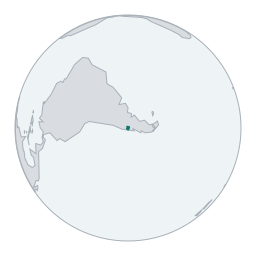 globe centered on Los Ríos, rotated 273°
{"feature_id": "CHL-2701", "entity_name": "Los Ríos", "entity_type": "Region", "adm_level": 1, "iso_a3": "CHL", "parent_name": "Chile", "parent_adm1": "", "projection": "orthographic", "projection_center": [-72.592, -40.02], "detail": "fine", "context": "on_globe", "style": "filled", "palette": "teal", "viewbox_px": 256, "rotation_deg": 273, "n_neighbors": 0, "source": "natural_earth", "source_scale": "10m", "svg_char_len": 3707}
<svg xmlns="http://www.w3.org/2000/svg" viewBox="0 0 256 256"><g transform="rotate(273 128 128)"><circle cx="128" cy="128" r="113" fill="#eef3f6" stroke="#a8b0b8"/><path d="M135.1,15.6L130.0,15.5L137.6,15.8L139.0,16.1L140.9,16.3L143.1,16.6L144.1,16.6L145.3,16.9L138.3,16.5L137.0,16.2L139.3,16.3L135.6,16.0L130.8,16.2L131.9,16.6L123.5,17.3L124.2,17.7L122.8,18.2L122.3,17.5L123.0,19.0L113.4,21.9L114.2,26.3L109.2,23.4L104.8,23.7L99.5,24.8L99.5,25.4L92.5,26.6L86.1,29.9L83.5,34.5L85.8,37.2L93.6,35.2L96.1,32.7L101.8,31.1L97.5,37.5L107.6,36.6L106.5,41.7L109.4,44.0L114.5,42.7L119.8,43.6L123.5,40.4L129.6,38.7L129.7,42.9L133.1,39.1L136.5,41.2L148.6,42.0L147.7,42.9L157.8,49.6L168.8,54.4L171.3,58.6L170.0,60.5L173.8,62.2L173.8,63.7L188.6,71.4L196.0,78.9L195.7,84.7L189.2,88.9L182.8,103.0L171.1,104.7L167.7,111.2L157.9,120.1L150.9,117.8L152.5,124.1L148.3,127.0L143.6,126.6L142.5,130.8L139.0,130.5L141.2,133.7L135.3,139.1L136.6,144.2L132.3,149.0L133.3,152.2L131.8,152.0L130.1,153.1L129.8,154.9L125.2,151.9L124.1,145.0L125.9,141.6L123.9,141.1L127.8,132.6L125.5,134.3L126.4,122.4L129.9,113.1L132.5,89.0L130.1,84.6L121.5,79.9L111.1,66.0L113.9,60.2L111.7,57.9L119.1,50.2L117.1,44.2L114.5,43.6L111.9,46.1L102.9,43.6L99.8,40.0L73.1,41.9L70.5,41.4L70.8,38.9L63.7,36.9L65.9,40.8L62.8,41.2L60.7,40.6L62.4,39.2L61.6,37.8L59.1,39.1L59.7,38.4L66.3,33.8L73.1,29.6L80.3,26.0L87.7,22.8L95.3,20.2L103.1,18.1L111.0,16.6L119.0,15.7L127.1,15.4L135.1,15.6ZM113.5,28.2L125.1,30.2L118.5,30.9L119.7,30.2L116.8,29.3L111.4,28.8L105.6,30.2L113.5,28.2ZM118.8,24.9L116.8,24.9L118.8,24.7L118.8,24.9ZM132.9,158.4L125.5,153.0L129.7,155.4L132.7,152.7L136.5,156.9L132.9,158.4ZM141.7,152.0L145.2,151.0L145.9,152.0L143.8,152.9L141.7,152.0ZM229.1,177.6L225.7,183.7L225.9,182.5L223.8,185.5L222.1,186.2L220.4,184.9L221.2,177.4L223.9,174.2L228.2,164.8L235.4,145.8L237.9,141.3L239.1,135.6L239.3,118.8L239.5,113.8L238.9,109.6L238.1,107.2L237.1,102.3L236.3,100.3L229.5,90.5L225.7,82.7L217.2,65.9L217.2,63.1L214.3,57.9L213.9,55.1L218.9,61.5L223.5,68.3L227.6,75.4L231.1,82.7L234.1,90.3L236.6,98.1L238.5,106.0L239.8,114.1L240.5,122.2L240.6,130.4L240.1,138.5L239.1,146.6L237.5,154.6L235.2,162.5L232.5,170.1L229.1,177.6ZM148.9,42.0L150.4,43.0L148.5,42.8L148.9,42.0ZM117.5,32.3L120.0,32.2L121.3,32.7L119.4,33.0L117.5,32.3ZM138.2,32.2L141.0,32.7L138.1,32.8L138.2,32.2ZM126.9,30.5L136.0,32.0L130.2,32.9L124.5,32.1L128.5,31.8L126.9,30.5ZM117.6,26.6L119.1,26.7L118.7,27.3L117.6,26.6ZM120.3,24.8L119.7,24.9L118.9,24.5L120.3,24.8ZM139.4,16.1L140.0,16.2L142.3,16.4L141.2,16.4L139.4,16.1ZM152.1,18.0L153.8,18.4L151.8,17.9L150.8,17.7L145.2,16.7L146.1,16.8L152.1,18.0ZM140.0,16.0L141.8,16.2L139.4,15.9L140.0,16.0ZM174.3,230.2L172.0,231.1L173.4,230.4L174.3,230.2ZM51.1,207.9L50.8,206.7L54.0,209.3L58.0,212.7L61.0,215.9L51.1,207.9ZM73.5,226.6L74.7,227.2L77.0,228.4L76.9,228.4L73.5,226.6ZM48.4,205.2L45.4,202.6L43.4,201.5L44.9,201.8L43.7,199.3L50.1,205.8L48.4,205.2Z" fill="#d9dde1" stroke="#a8b0b8" stroke-width="1"/><path d="M129.4,127.2L129.3,127.3L129.3,127.5L129.5,127.8L129.4,128.0L129.2,128.1L129.2,128.3L129.2,128.5L129.3,128.5L129.3,128.8L129.2,128.8L129.1,129.0L128.9,129.2L128.8,129.3L128.7,129.3L128.3,129.3L128.1,129.3L127.9,129.2L127.7,129.1L127.5,128.9L127.5,128.7L127.4,128.7L127.2,128.6L126.9,128.6L126.7,128.5L126.4,128.6L126.3,128.4L126.3,128.2L126.3,127.9L126.5,127.8L126.6,127.7L126.8,127.7L126.8,127.8L126.8,127.7L126.8,127.4L126.9,127.2L127.0,127.1L127.0,126.9L127.2,126.7L127.3,126.7L127.5,126.8L127.4,127.0L127.5,127.2L127.8,127.2L128.0,127.2L128.2,127.3L128.3,127.4L128.5,127.4L128.6,127.5L128.8,127.5L128.9,127.4L129.0,127.4L129.1,127.1L129.2,126.9L129.3,126.9L129.4,127.0L129.4,127.2Z" fill="#14b8a6" stroke="#0f766e" stroke-width="1.5"/></g></svg>